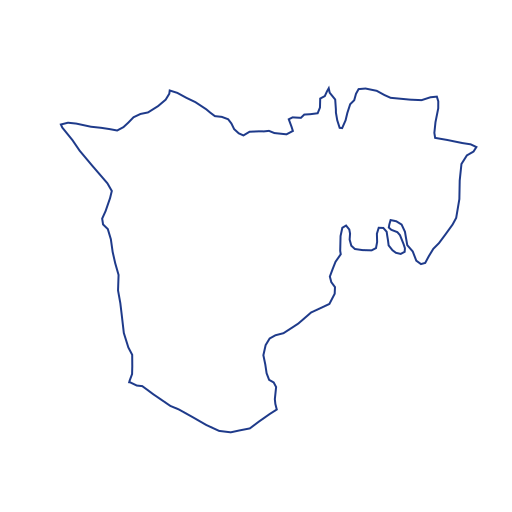 Ljusdal, Gävleborg, Sweden, rotated 186°
{"feature_id": "70781695B40946253487831", "entity_name": "Ljusdal", "entity_type": "district", "adm_level": 2, "iso_a3": "SWE", "parent_name": "Sweden", "parent_adm1": "Gävleborg", "projection": "mercator", "projection_center": [15.393, 61.922], "detail": "fine", "context": "isolated", "style": "outline", "palette": "blue", "viewbox_px": 512, "rotation_deg": 186, "n_neighbors": 0, "source": "geoboundaries", "source_scale": "gbopen_adm2", "svg_char_len": 2471}
<svg xmlns="http://www.w3.org/2000/svg" viewBox="0 0 512 512"><g transform="rotate(186 256 256)"><path d="M48.2,387.4L54.2,389.5L62.7,389.9L78.1,391.4L90.2,392.2L91.5,397.1L91.5,407.9L90.2,421.9L90.9,428.9L92.8,433.4L99.1,432.1L107.6,428.3L119.0,427.6L138.7,427.4L145.1,429.5L153.2,432.9L164.6,434.0L171.4,432.7L173.5,427.8L174.6,421.3L174.6,421.2L178.2,416.8L180.1,407.9L181.1,400.3L183.7,392.2L186.2,392.2L189.4,399.5L191.5,406.9L191.9,410.3L193.6,419.9L199.8,426.1L201.2,430.4L202.6,427.2L204.3,422.2L208.6,419.3L207.9,410.3L209.6,404.4L216.8,402.7L222.8,401.7L225.8,398.1L234.1,397.7L237.7,395.4L234.1,388.1L232.4,384.2L238.4,380.2L250.6,380.2L256.2,381.8L260.9,380.8L266.8,380.2L275.4,378.9L281.1,374.6L286.0,376.2L291.0,379.9L294.3,385.2L298.0,389.1L304.6,390.8L311.5,390.8L316.5,393.8L320.8,396.7L332.4,402.7L341.7,406.0L351.3,410.0L359.1,411.6L359.2,408.3L362.2,402.0L369.1,394.8L378.4,387.5L385.7,385.2L392.3,381.2L397.0,375.2L401.3,370.3L407.2,366.3L414.8,366.9L423.4,367.3L433.7,367.3L448.6,368.9L456.9,368.9L463.8,366.4L462.1,363.5L450.7,352.1L442.4,342.3L427.9,328.3L411.4,312.8L406.2,305.6L407.2,298.3L410.3,284.9L412.9,277.1L411.4,271.4L406.2,267.3L402.1,257.5L399.0,245.1L395.3,234.2L390.7,222.8L389.6,207.3L386.0,194.9L383.4,183.5L379.4,165.6L373.4,151.7L368.8,144.8L367.5,133.2L366.9,125.6L368.6,119.0L368.9,117.2L368.0,117.2L361.0,114.7L355.5,114.7L343.6,107.7L334.5,102.8L325.4,97.9L316.9,95.4L302.8,89.4L287.7,82.7L274.4,78.2L262.7,78.0L254.2,80.8L244.1,83.9L235.6,91.8L225.6,100.5L219.3,105.5L221.3,110.9L222.3,115.6L222.3,121.7L222.3,127.8L225.2,132.1L230.0,134.2L233.2,140.5L235.4,149.0L238.3,158.1L237.1,168.4L233.8,175.4L228.4,179.2L220.6,182.1L206.9,193.2L195.3,205.6L178.0,216.0L173.8,226.7L174.2,233.3L178.4,237.9L180.4,243.3L178.4,251.1L176.3,258.6L171.9,266.6L172.8,269.9L174.0,284.7L173.1,293.1L169.6,295.7L166.0,292.1L164.8,288.1L164.6,282.1L162.3,276.2L158.4,273.3L150.8,273.0L141.6,273.7L137.5,276.4L137.0,282.6L138.1,290.8L136.9,296.9L132.3,297.2L128.6,293.8L127.6,289.9L126.4,285.5L125.2,280.4L120.9,276.0L117.2,273.8L112.3,273.2L108.6,275.7L108.7,279.3L110.6,283.5L115.0,291.8L117.9,294.5L124.2,296.2L126.9,298.2L126.7,301.3L125.9,305.8L120.1,305.2L114.5,302.5L110.4,295.7L108.9,290.3L106.7,282.6L100.6,276.9L96.1,268.1L91.1,265.2L87.0,266.8L84.1,273.9L80.4,281.7L75.4,287.9L70.0,297.0L63.8,307.8L60.9,314.8L59.7,333.8L61.3,352.4L61.3,369.0L56.8,378.1L50.6,382.6L48.2,387.4Z" fill="none" stroke="#1e3a8a" stroke-width="2"/></g></svg>